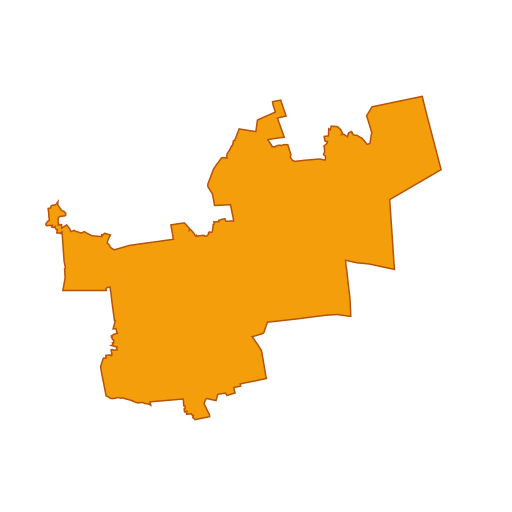 the district of Pabellón de Arteaga, Aguascalientes, Mexico, rotated 168°
{"feature_id": "50627088B43524321041523", "entity_name": "Pabellón de Arteaga", "entity_type": "district", "adm_level": 2, "iso_a3": "MEX", "parent_name": "Mexico", "parent_adm1": "Aguascalientes", "projection": "albers", "projection_center": [-102.265, 22.105], "detail": "fine", "context": "isolated", "style": "filled", "palette": "amber", "viewbox_px": 512, "rotation_deg": 168, "n_neighbors": 0, "source": "geoboundaries", "source_scale": "gbopen_adm2", "svg_char_len": 6000}
<svg xmlns="http://www.w3.org/2000/svg" viewBox="0 0 512 512"><g transform="rotate(168 256 256)"><path d="M246.1,383.8L246.2,383.6L248.8,379.6L252.9,373.3L253.8,373.5L254.0,373.5L256.2,368.8L257.0,368.8L259.9,364.9L260.0,365.0L263.1,361.8L263.2,361.7L264.2,359.1L264.0,358.4L264.1,357.8L267.8,359.1L268.8,359.2L269.5,359.0L273.0,355.8L275.1,354.1L276.8,352.4L278.7,350.7L279.1,350.3L280.1,348.9L288.0,336.6L288.5,335.1L288.6,334.4L288.6,333.7L285.8,325.8L285.7,325.2L286.0,314.0L270.3,311.5L270.4,299.1L270.6,294.9L273.4,295.5L273.9,295.5L278.3,296.2L278.6,298.8L281.4,299.0L285.1,298.6L285.2,297.3L286.6,297.6L290.1,298.2L290.1,297.8L290.1,296.7L290.4,295.9L291.3,295.8L291.5,294.7L292.4,292.7L293.5,289.2L294.2,288.4L295.1,288.4L296.2,289.1L296.6,289.3L296.8,289.0L297.0,288.9L297.4,288.8L297.7,288.6L297.8,288.4L297.6,287.5L298.3,287.0L299.3,286.2L300.4,285.7L302.2,286.1L302.4,286.6L302.5,287.0L304.4,287.3L306.9,287.5L309.4,287.7L310.0,287.7L310.0,288.0L310.2,287.7L311.0,288.1L311.2,288.3L311.5,289.5L311.8,290.4L312.3,291.6L312.9,292.7L314.2,295.0L314.5,295.4L314.9,295.2L315.0,295.2L315.5,295.2L315.8,295.0L315.3,296.6L317.6,300.6L319.2,303.3L319.5,303.3L321.0,303.4L326.2,303.8L329.3,303.9L332.1,304.1L332.8,304.1L333.3,289.5L377.3,292.7L393.2,291.5L394.9,292.9L395.5,293.5L396.1,294.1L396.6,294.9L397.3,297.3L397.6,298.0L397.8,298.1L398.6,299.3L398.8,299.6L398.9,300.1L397.1,302.9L396.5,303.8L395.9,304.6L395.4,305.2L395.0,305.7L394.0,306.8L395.6,307.7L397.3,308.6L398.2,309.1L399.4,309.7L401.2,308.5L401.4,308.5L401.8,308.8L402.5,309.0L402.6,307.0L411.4,309.6L412.4,310.1L416.1,313.0L418.4,315.1L419.0,315.5L420.6,315.2L421.5,314.8L422.8,315.1L423.6,315.6L426.0,317.0L428.2,318.2L428.3,318.8L432.0,318.4L432.6,321.3L433.8,323.7L434.7,325.8L440.2,323.6L439.7,327.1L443.0,327.5L442.3,328.8L442.5,330.2L441.9,333.2L441.0,334.9L440.4,335.1L438.7,335.5L437.5,335.1L436.4,335.2L434.8,335.0L433.8,335.3L433.2,337.1L433.4,337.3L433.8,338.4L434.3,339.3L436.0,340.5L437.0,341.6L437.5,343.0L437.8,343.5L437.8,343.9L438.2,344.7L438.9,346.1L439.1,346.6L439.2,347.6L439.2,348.1L438.4,350.4L439.5,349.5L439.9,348.4L440.7,348.2L441.9,347.9L443.0,347.4L444.0,347.9L444.8,348.1L446.2,347.4L446.7,345.9L446.9,345.7L449.5,345.7L449.6,343.9L450.1,339.6L450.4,337.5L450.7,333.9L452.6,333.2L455.0,330.9L454.7,329.2L448.9,328.4L449.9,326.9L448.2,326.0L446.3,326.6L446.8,325.7L446.0,323.8L445.9,323.6L445.8,323.4L445.7,323.3L445.4,323.2L445.2,323.2L444.9,323.2L445.0,322.5L445.2,322.0L445.3,321.9L445.5,321.6L445.6,321.2L445.7,320.7L445.8,320.6L446.0,320.4L446.1,320.1L445.9,319.8L445.7,319.8L444.9,319.7L444.4,319.5L443.1,319.1L442.6,318.8L442.6,319.0L440.7,320.0L444.8,290.8L444.9,283.8L445.9,283.3L447.2,274.4L452.1,262.4L409.7,253.4L409.5,255.1L408.7,255.9L405.6,256.1L405.2,256.0L405.8,247.3L406.2,244.1L407.9,222.4L407.0,222.2L408.9,218.3L411.0,214.4L408.1,214.1L408.0,210.2L407.5,209.3L411.4,208.9L414.2,207.9L414.2,206.5L413.5,206.5L413.8,205.4L413.7,204.0L412.6,203.4L413.3,200.6L414.5,200.9L414.5,198.7L416.0,198.6L413.4,197.1L410.8,195.8L411.4,194.9L411.2,194.4L411.5,193.1L414.3,193.3L415.0,193.9L415.6,194.2L416.2,194.4L417.2,194.5L417.3,193.6L417.3,190.5L417.8,188.6L418.0,188.5L418.9,189.5L423.6,190.0L423.6,189.0L423.8,188.5L423.8,187.4L425.8,187.6L426.5,187.8L431.0,180.2L431.3,175.8L431.7,150.3L431.0,149.9L430.1,149.1L428.0,147.1L426.8,146.5L424.5,146.2L422.8,146.1L421.3,146.2L419.8,146.1L418.1,145.1L417.7,145.0L416.2,145.1L414.3,143.9L410.8,142.2L407.0,140.1L406.9,140.2L406.7,140.1L406.7,139.6L404.0,137.9L402.6,137.0L398.8,136.5L397.1,136.1L395.3,134.8L392.4,133.8L391.6,133.3L390.0,131.9L390.1,135.4L359.0,131.5L357.9,131.4L357.0,131.3L357.1,129.0L357.4,127.9L357.5,127.0L357.8,124.4L356.7,124.1L357.1,121.3L358.1,121.3L358.3,118.4L357.8,118.2L357.2,118.2L356.4,118.4L355.9,118.4L356.4,117.2L356.7,116.2L356.8,115.6L352.1,115.1L352.0,114.5L351.3,113.5L350.6,113.1L350.4,112.6L351.5,111.5L351.1,110.5L350.3,109.8L349.7,108.6L349.3,108.6L345.5,108.6L337.1,108.5L334.8,108.5L334.6,109.4L334.6,110.1L334.6,111.2L335.1,112.5L336.6,118.8L337.3,121.2L337.4,122.9L335.7,125.2L334.2,127.0L325.2,122.9L324.3,124.5L322.1,128.7L314.3,128.2L313.4,125.6L306.0,126.3L305.7,126.3L305.0,126.3L305.1,132.0L298.0,131.9L298.0,134.2L271.3,134.0L271.3,137.5L270.4,158.3L270.3,161.1L270.5,162.9L270.7,163.3L272.3,167.7L275.9,176.6L276.0,176.9L276.0,177.2L276.5,177.9L273.0,178.1L271.8,178.2L266.4,178.7L266.0,178.6L264.7,179.1L264.2,179.5L258.6,188.9L254.1,188.4L227.7,185.8L213.3,184.7L210.0,184.4L199.7,183.5L196.7,183.1L189.5,182.0L189.0,181.9L188.5,181.7L187.8,181.5L184.4,180.3L180.8,179.0L177.6,177.8L176.7,177.5L175.8,177.4L175.1,181.4L174.7,183.6L172.9,195.2L172.1,204.0L170.1,224.4L170.1,226.3L169.3,233.2L158.3,228.2L147.6,224.9L123.4,214.1L113.5,283.4L57.0,302.0L59.9,365.6L60.2,377.6L111.5,377.8L118.6,370.2L117.1,352.8L121.2,342.4L123.4,342.1L124.4,342.4L125.1,344.1L126.4,346.8L127.3,348.1L127.9,349.3L128.9,350.1L130.2,351.1L131.1,351.9L131.6,352.7L132.3,353.1L133.5,353.3L135.7,354.5L135.8,355.2L136.3,355.8L136.3,357.1L137.0,358.0L137.5,357.6L139.9,357.2L141.8,353.6L144.6,356.7L146.9,357.0L146.7,357.1L146.4,357.2L146.0,358.0L145.9,358.8L146.4,359.5L146.6,361.3L147.5,362.9L149.6,365.8L150.2,365.8L155.4,367.4L157.1,364.0L158.4,365.3L160.2,358.4L164.5,358.8L164.7,354.5L164.4,353.9L162.3,353.0L163.2,351.4L166.7,349.4L166.4,349.2L167.2,343.7L168.9,341.2L168.6,340.6L167.8,339.8L167.4,339.6L167.3,339.3L167.4,338.4L167.8,336.8L168.4,335.5L169.9,335.9L171.3,336.7L173.3,337.5L176.8,338.1L188.3,339.5L198.4,340.5L200.6,342.2L201.9,345.5L200.8,347.9L201.8,358.3L205.6,359.2L208.4,358.7L208.9,359.2L209.7,359.5L212.3,359.6L212.6,359.6L214.1,359.2L214.8,358.7L215.4,359.1L215.8,359.1L216.0,359.0L217.0,359.5L217.4,359.5L217.4,360.1L220.3,367.4L208.1,366.7L203.7,366.3L206.4,386.5L197.5,386.6L199.3,402.1L199.3,403.3L207.7,403.5L207.8,403.0L207.8,402.5L207.8,401.9L207.9,400.5L207.9,399.8L207.1,392.8L226.3,388.7L230.3,377.7L246.1,383.8Z" fill="#f59e0b" stroke="#b45309" stroke-width="1.5"/></g></svg>